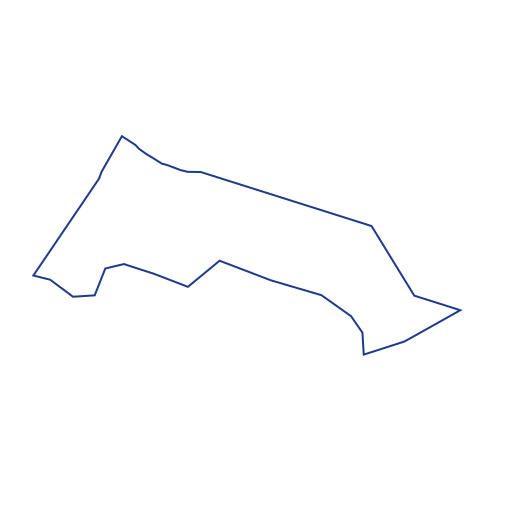 the district of Pearts Gap, Castries, Saint Lucia, rotated 14°
{"feature_id": "8701671B41529666733093", "entity_name": "Pearts Gap", "entity_type": "district", "adm_level": 2, "iso_a3": "LCA", "parent_name": "Saint Lucia", "parent_adm1": "Castries", "projection": "natural_earth1", "projection_center": [-60.986, 14.01], "detail": "fine", "context": "isolated", "style": "outline", "palette": "blue", "viewbox_px": 512, "rotation_deg": 14, "n_neighbors": 0, "source": "geoboundaries", "source_scale": "gbopen_adm2", "svg_char_len": 554}
<svg xmlns="http://www.w3.org/2000/svg" viewBox="0 0 512 512"><g transform="rotate(14 256 256)"><path d="M467.3,259.2L419.2,256.2L360.9,199.0L182.0,187.9L169.1,190.9L162.0,190.9L147.2,189.2L142.3,189.2L135.5,186.9L124.9,183.6L116.3,180.2L112.3,177.5L96.9,172.2L85.8,211.6L85.0,218.8L84.1,221.3L44.7,328.8L62.0,328.8L88.3,339.8L109.0,333.2L112.8,304.6L129.7,295.8L161.7,298.0L197.4,302.4L221.8,269.4L276.3,276.0L329.0,278.2L362.8,291.4L377.8,304.6L384.4,325.6L420.8,303.0L453.0,272.7L467.3,259.2Z" fill="none" stroke="#1e3a8a" stroke-width="2"/></g></svg>